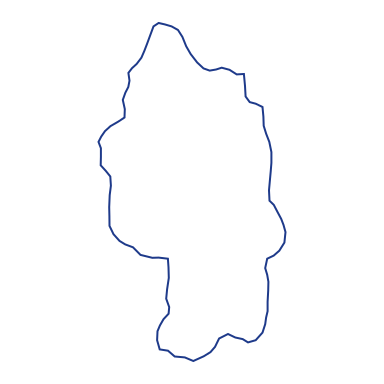 outline of Piedade de Caratinga, Minas Gerais, Brazil
{"feature_id": "56859067B22598928706692", "entity_name": "Piedade de Caratinga", "entity_type": "district", "adm_level": 2, "iso_a3": "BRA", "parent_name": "Brazil", "parent_adm1": "Minas Gerais", "projection": "natural_earth1", "projection_center": [-42.045, -19.762], "detail": "fine", "context": "isolated", "style": "outline", "palette": "blue", "viewbox_px": 384, "rotation_deg": 0, "n_neighbors": 0, "source": "geoboundaries", "source_scale": "gbopen_adm2", "svg_char_len": 1417}
<svg xmlns="http://www.w3.org/2000/svg" viewBox="0 0 384 384"><path d="M263.7,125.8L263.4,116.7L262.5,107.0L255.7,103.7L249.7,102.1L245.6,96.5L245.0,85.9L243.9,74.0L236.7,74.4L229.5,69.8L221.7,67.7L216.1,69.5L209.7,70.6L203.5,68.4L197.1,62.4L190.7,54.1L186.2,46.3L182.4,36.9L178.0,30.0L171.6,26.4L164.8,24.4L158.6,23.0L153.5,26.4L150.2,35.3L147.0,44.0L144.3,51.0L141.4,57.7L136.7,63.9L132.0,68.2L128.4,72.9L129.5,80.7L128.3,87.0L125.4,92.6L122.8,99.9L124.8,109.1L124.5,117.5L118.3,121.6L110.5,126.1L105.0,131.1L101.2,136.6L98.5,141.9L100.9,148.2L100.9,157.0L100.7,165.3L105.8,170.9L110.3,176.5L110.9,185.7L109.7,195.1L109.2,207.1L109.4,216.1L109.5,225.9L113.5,234.2L119.5,240.9L125.2,244.4L133.0,247.3L140.5,254.9L152.3,257.8L158.6,257.6L167.9,258.7L168.5,267.4L168.8,277.9L167.1,289.3L166.2,298.7L169.2,307.1L168.6,313.7L163.5,319.2L159.9,325.5L157.5,331.2L157.1,340.2L159.7,349.4L168.0,350.7L174.7,356.5L184.8,357.4L193.3,361.0L203.7,356.3L210.5,352.1L215.0,346.9L219.1,338.5L228.0,334.0L235.3,337.5L242.7,339.1L248.0,342.4L255.7,340.2L262.5,332.6L265.2,324.2L266.1,317.6L267.6,311.2L267.6,301.8L268.2,290.6L268.4,281.8L267.2,274.8L265.2,268.1L267.2,258.7L273.7,255.6L279.3,250.7L284.4,242.6L285.5,232.1L283.5,224.9L281.2,218.9L277.3,211.6L273.8,204.9L269.5,200.7L269.0,190.3L269.9,180.3L270.7,171.6L271.4,162.9L271.4,152.1L269.3,141.9L266.1,133.6L263.7,125.8Z" fill="none" stroke="#1e3a8a" stroke-width="2"/></svg>